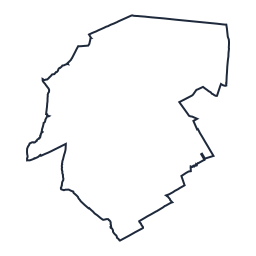 Bahna, Neamt, Romania (orthographic projection)
{"feature_id": "2599482B15679101167619", "entity_name": "Bahna", "entity_type": "district", "adm_level": 2, "iso_a3": "ROU", "parent_name": "Romania", "parent_adm1": "Neamt", "projection": "orthographic", "projection_center": [26.776, 46.763], "detail": "fine", "context": "isolated", "style": "outline", "palette": "slate", "viewbox_px": 256, "rotation_deg": 0, "n_neighbors": 0, "source": "geoboundaries", "source_scale": "gbopen_adm2", "svg_char_len": 5566}
<svg xmlns="http://www.w3.org/2000/svg" viewBox="0 0 256 256"><path d="M142.9,228.1L143.0,227.7L143.0,227.1L141.2,224.5L141.0,223.7L140.5,223.1L139.7,222.4L139.2,221.2L143.9,218.4L146.4,216.9L147.2,216.4L151.3,214.2L155.8,211.6L156.9,211.1L163.3,207.2L164.4,206.3L164.8,206.0L165.7,205.7L169.2,203.7L171.5,202.5L171.9,202.4L172.3,202.3L170.3,200.2L170.1,199.8L170.1,199.4L169.7,198.8L168.4,197.3L167.9,196.6L167.0,196.2L166.7,195.8L166.1,195.4L169.1,194.3L172.4,192.5L173.4,191.9L174.6,191.0L178.6,188.9L179.3,188.3L179.8,188.0L180.4,187.7L184.6,185.3L181.4,176.0L186.1,172.9L188.4,171.6L189.1,171.4L190.2,171.3L190.8,171.2L190.7,167.9L190.6,167.6L190.7,166.4L191.6,166.7L192.1,167.0L192.5,166.9L192.8,166.5L193.1,165.9L193.3,165.8L193.6,166.5L194.1,166.6L194.5,165.9L194.7,166.1L195.0,165.9L195.0,165.5L195.3,165.2L196.0,165.4L196.1,164.5L196.3,164.7L196.8,164.9L196.8,164.4L197.0,163.9L197.5,163.7L197.7,163.2L198.6,163.0L203.6,160.2L204.4,160.0L204.6,159.8L203.7,158.4L201.2,154.2L202.0,153.7L204.9,158.6L213.5,155.9L210.8,151.4L207.7,146.1L205.3,142.1L203.2,138.5L201.6,135.8L200.0,133.2L198.9,131.0L197.8,129.0L197.1,129.4L193.4,120.9L197.2,118.8L192.2,116.6L190.3,116.3L189.3,115.9L188.8,115.6L188.6,115.3L188.4,114.8L188.1,114.4L180.7,104.1L179.3,102.1L191.9,95.6L193.0,94.7L193.7,93.7L195.8,90.7L196.2,90.1L196.5,89.8L197.5,89.5L203.0,86.9L206.0,89.2L206.8,89.7L208.7,91.2L210.2,92.0L210.8,92.4L211.8,93.7L213.0,94.2L214.1,95.0L215.4,95.7L216.3,95.9L217.0,95.8L220.1,86.4L221.0,84.0L221.7,84.5L222.3,84.8L222.9,85.2L224.6,85.7L225.2,85.8L226.3,85.5L226.2,83.9L226.2,83.1L226.4,83.1L226.7,76.0L227.0,72.1L227.1,69.9L227.3,66.4L227.9,60.0L228.4,56.5L228.5,53.2L229.0,48.5L228.8,48.0L229.0,44.0L229.0,41.8L228.8,39.5L227.8,36.8L227.3,32.3L226.9,28.5L226.3,24.6L225.2,24.6L223.8,24.5L217.0,23.7L175.9,19.7L163.8,18.4L151.1,17.3L144.7,16.6L139.5,16.2L137.4,16.0L136.8,16.0L133.9,15.8L133.5,15.7L132.4,15.4L132.2,15.4L132.0,15.5L131.8,15.5L131.5,15.5L118.3,21.4L117.1,22.1L116.1,22.5L114.2,23.4L110.8,24.7L109.0,25.6L108.2,26.1L107.5,26.3L106.9,26.5L106.4,26.6L103.8,27.9L97.9,30.5L96.4,31.3L92.4,32.9L89.0,34.5L90.9,37.7L90.9,37.8L91.0,37.9L90.8,37.9L90.7,38.1L90.5,38.4L90.4,38.8L90.4,39.2L90.2,39.9L90.0,41.0L89.7,42.0L89.6,42.9L89.2,44.1L88.9,44.6L88.4,45.3L88.2,45.6L81.0,46.2L79.0,46.3L78.2,46.2L76.7,48.9L75.6,51.1L71.9,58.3L71.7,58.4L70.9,59.9L69.1,61.7L67.5,63.2L67.9,63.6L68.1,64.1L67.8,64.0L67.4,64.0L66.8,64.2L65.6,64.5L63.8,65.4L62.6,65.5L62.3,65.6L61.8,66.4L61.1,67.1L60.5,67.5L60.4,67.7L60.1,67.9L59.9,67.8L59.3,68.1L58.9,68.5L58.6,68.8L58.2,69.8L58.0,70.6L57.8,70.9L57.1,71.7L56.8,72.0L56.4,72.2L55.9,72.2L55.8,72.4L54.8,73.5L54.5,74.0L54.4,74.1L52.4,74.4L52.0,74.5L51.8,74.7L51.3,75.5L50.0,76.8L48.9,77.8L48.6,78.3L47.1,79.5L46.8,79.6L46.3,79.5L45.8,79.6L44.7,80.0L44.4,80.0L43.7,79.9L43.1,79.3L42.6,79.0L42.7,80.8L43.5,82.1L45.1,83.9L46.0,85.3L46.8,86.2L47.4,87.1L48.1,87.9L48.6,88.6L48.9,89.4L49.1,89.9L49.1,91.0L49.0,91.8L48.9,92.1L48.7,92.3L48.4,92.7L48.3,92.9L47.9,94.1L47.7,94.7L47.7,95.3L47.8,96.3L47.7,96.8L47.6,97.0L47.5,101.5L47.2,103.6L47.0,106.6L46.1,114.1L47.1,114.3L47.1,115.3L48.0,115.6L48.3,115.9L49.1,116.1L48.8,116.3L47.4,116.3L47.2,116.5L46.8,117.0L46.4,117.8L45.4,119.6L45.3,120.6L45.0,121.4L44.8,122.0L44.3,122.5L43.6,123.0L43.5,124.2L42.6,127.6L42.2,128.7L41.9,130.3L41.8,131.3L41.7,131.8L42.6,131.9L42.6,132.0L41.4,132.4L41.4,133.2L41.3,133.5L41.1,133.7L40.9,133.8L40.7,134.3L40.8,134.9L40.2,135.6L40.2,135.8L40.4,136.2L40.3,137.0L40.2,137.2L39.9,137.3L39.8,137.7L39.2,138.0L39.3,138.5L39.2,138.6L38.6,138.8L38.3,139.0L37.5,139.4L37.0,140.1L36.8,140.7L36.7,140.9L36.3,140.9L36.1,141.2L35.6,141.6L35.4,142.0L34.9,142.3L34.4,142.4L34.0,142.6L33.8,142.6L33.4,142.3L33.1,142.2L31.5,142.5L30.8,143.0L29.7,143.4L29.6,143.6L29.6,143.9L29.2,144.5L29.0,145.1L28.8,145.5L28.1,146.3L27.1,148.8L27.1,149.2L27.0,152.0L27.2,154.4L27.5,155.5L27.6,157.0L27.5,157.4L27.2,157.9L27.0,158.7L27.1,159.3L27.1,160.4L28.0,160.3L29.9,160.3L31.4,159.8L34.2,158.7L34.3,158.3L34.7,158.2L34.9,158.4L37.4,157.3L38.4,156.7L38.9,156.3L39.7,155.4L40.5,154.9L41.0,155.8L44.9,154.0L47.8,152.8L50.8,151.4L65.8,143.9L65.6,148.8L65.4,150.4L64.9,152.4L64.1,154.9L63.4,157.7L63.1,159.1L62.4,161.1L62.3,162.3L62.0,163.8L62.2,164.4L62.0,164.7L61.9,165.1L61.8,165.9L61.9,166.4L61.8,166.9L62.1,167.5L61.8,168.5L61.8,169.2L62.0,169.9L62.0,170.5L62.4,171.2L62.3,172.0L62.4,173.4L62.5,173.7L62.9,174.6L63.0,174.9L62.9,175.4L63.0,176.6L63.0,177.1L63.4,178.6L63.3,179.1L63.3,180.0L62.4,181.7L62.2,182.2L62.0,183.6L61.9,184.3L61.9,184.6L61.9,185.3L61.6,185.8L61.5,186.5L61.3,187.1L61.2,187.3L60.9,187.7L60.9,187.8L60.9,188.1L60.9,188.4L61.0,188.6L61.0,188.8L61.2,189.3L63.9,190.2L64.8,189.9L65.5,189.7L68.7,189.6L69.7,190.1L70.5,190.5L72.1,191.2L72.9,191.4L73.3,191.6L73.4,192.5L73.7,193.0L74.9,194.0L76.6,195.5L78.0,197.0L78.4,198.1L78.8,198.7L80.0,200.1L80.7,201.2L84.6,204.9L88.2,208.0L88.8,208.4L89.1,208.1L91.7,210.5L92.8,211.4L94.7,213.5L97.3,215.3L100.4,217.9L102.1,219.2L103.1,219.8L104.6,219.6L106.5,219.1L108.1,219.1L108.8,219.8L109.0,220.2L109.2,220.3L109.5,220.5L110.1,221.1L110.3,221.4L110.7,222.6L110.7,222.9L110.6,223.3L110.7,223.9L110.6,224.2L110.9,224.9L111.0,225.2L111.0,225.8L111.0,226.1L111.1,226.5L110.5,226.8L110.6,227.5L110.7,227.8L110.9,227.9L111.1,227.8L111.4,227.9L112.1,228.7L112.3,229.0L112.9,230.2L113.0,230.7L113.0,231.7L113.1,231.9L113.8,233.0L115.1,234.5L116.2,235.4L116.8,236.5L116.9,237.4L117.1,237.9L118.2,238.7L118.8,239.3L119.5,240.4L119.9,240.6L129.4,235.5L135.0,232.3L142.9,228.1Z" fill="none" stroke="#1e293b" stroke-width="2"/></svg>